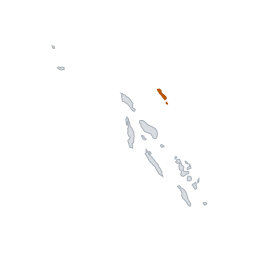 Solomon Islands, with Rennell and Bellona highlighted, rotated 203°
{"feature_id": "SLB-1261", "entity_name": "Rennell and Bellona", "entity_type": "Province", "adm_level": 1, "iso_a3": "SLB", "parent_name": "Solomon Islands", "parent_adm1": "", "projection": "albers", "projection_center": [160.182, -11.564], "detail": "fine", "context": "in_parent", "style": "filled", "palette": "amber", "viewbox_px": 256, "rotation_deg": 203, "n_neighbors": 0, "source": "natural_earth", "source_scale": "10m", "svg_char_len": 4685}
<svg xmlns="http://www.w3.org/2000/svg" viewBox="0 0 256 256"><g transform="rotate(203 128 128)"><path d="M100.6,128.6L104.6,131.5L106.3,131.3L111.6,131.3L114.7,133.4L116.5,134.4L117.5,136.3L118.8,136.7L119.6,137.7L120.0,139.4L118.1,140.4L116.9,140.6L113.9,140.0L111.0,138.7L105.2,138.5L102.5,138.1L101.6,137.6L100.7,136.9L99.4,135.3L98.3,133.3L98.1,132.2L98.0,130.1L98.3,129.3L99.5,128.5L100.6,128.6ZM118.8,111.0L123.3,116.4L123.1,117.4L122.5,118.0L122.3,119.9L122.9,120.6L124.1,120.9L126.2,122.9L127.1,126.0L128.0,127.1L128.0,129.4L130.0,132.6L130.2,134.1L130.0,134.8L129.2,134.4L126.8,130.8L124.1,129.2L123.8,128.6L121.0,126.5L119.2,122.9L117.2,116.6L118.2,115.1L115.9,112.0L116.0,111.2L117.6,111.4L117.9,111.0L118.8,111.0ZM102.4,113.7L103.0,115.4L100.5,113.9L98.7,112.0L93.4,110.0L92.2,108.9L91.3,108.8L88.5,107.1L85.9,106.0L83.8,103.9L82.8,103.5L81.1,101.9L79.5,100.8L78.9,98.9L77.3,97.5L76.9,96.9L82.0,98.0L84.4,100.1L86.4,101.4L87.1,102.2L88.9,103.4L90.5,103.6L92.1,104.8L93.6,105.1L94.8,105.7L102.3,111.2L101.4,112.6L102.4,113.7ZM136.2,149.1L138.5,150.2L139.8,150.1L141.8,150.8L143.3,150.4L144.2,151.4L146.5,155.1L146.5,156.4L148.1,157.2L146.8,157.4L145.0,156.9L143.6,157.2L142.1,156.5L139.6,156.1L137.5,155.2L133.0,152.4L133.0,151.0L132.3,150.4L132.1,148.6L130.5,148.1L128.6,148.0L128.4,147.2L128.8,145.7L130.2,145.8L131.9,146.4L136.2,149.1ZM59.1,93.1L59.7,93.8L58.3,94.9L56.5,94.3L56.0,93.4L54.7,93.6L52.1,93.1L48.5,90.5L44.6,85.6L40.9,82.9L40.2,82.0L40.1,80.6L40.5,80.1L42.8,80.7L45.8,82.9L50.7,85.2L52.0,86.3L52.9,89.2L53.7,90.1L56.4,92.2L59.1,93.1ZM64.3,109.8L65.5,111.3L66.8,114.6L66.6,115.8L65.7,115.9L65.4,116.6L64.1,115.0L62.4,114.6L61.2,113.6L60.6,110.4L59.6,110.2L56.8,110.5L56.0,111.6L54.7,111.2L54.4,110.3L54.6,109.3L56.3,108.4L56.6,107.2L58.3,105.1L59.3,104.8L61.3,105.5L61.6,108.4L62.3,109.4L64.3,109.8ZM115.6,175.0L114.3,175.7L113.2,175.3L112.3,174.9L111.6,173.4L110.0,172.6L107.9,172.2L106.7,171.3L105.2,171.0L104.8,170.2L104.9,169.4L105.2,169.0L106.6,169.4L113.3,173.1L115.6,175.0ZM44.7,104.2L44.3,104.4L43.7,103.4L43.2,103.1L43.2,102.0L41.4,100.2L41.2,99.0L42.3,97.8L43.7,98.5L45.1,100.0L46.8,100.5L46.5,101.5L45.0,103.3L44.7,104.2ZM53.9,107.0L53.1,107.7L51.1,107.7L49.6,105.8L49.6,104.4L50.8,103.1L52.2,102.8L53.0,103.3L53.8,104.4L54.0,105.8L53.9,107.0ZM70.7,117.9L68.9,119.3L67.6,118.9L66.5,117.6L67.1,115.7L68.1,115.3L68.7,114.7L70.6,115.2L71.1,115.5L70.0,116.5L70.6,117.2L70.7,117.9ZM216.0,157.0L213.0,157.3L211.9,158.6L210.3,158.5L209.8,157.4L209.8,156.8L210.7,156.9L211.1,155.9L212.0,155.4L214.1,155.2L216.6,155.8L216.0,156.8L216.0,157.0ZM133.3,135.1L133.3,137.8L132.0,136.3L131.3,136.8L130.7,136.1L130.9,133.0L129.9,130.1L130.7,130.4L133.3,135.1ZM57.6,118.5L57.6,118.8L56.6,118.3L54.4,115.8L54.7,115.0L56.8,113.4L57.4,113.2L58.0,114.2L57.5,115.6L56.8,116.0L56.6,117.4L57.6,118.5ZM108.2,123.5L109.8,123.7L112.6,126.1L111.9,126.9L110.6,126.5L110.2,126.7L109.8,125.8L108.3,125.1L107.1,125.0L106.9,124.2L108.2,123.5ZM90.4,125.9L88.3,125.6L87.6,125.0L88.4,124.1L89.3,123.5L90.2,124.0L91.1,124.1L91.2,125.3L90.4,125.9ZM28.9,89.2L27.1,89.7L26.0,89.1L26.4,87.7L27.1,87.0L29.4,88.2L28.9,89.2ZM99.5,114.5L98.6,114.8L97.3,114.1L96.7,113.5L97.0,112.5L97.8,112.2L98.6,112.8L98.7,113.5L99.5,114.5ZM230.0,174.0L228.4,174.3L227.8,174.2L226.8,172.6L227.6,172.2L228.7,172.4L229.1,173.3L230.0,174.0ZM62.3,119.3L62.2,120.0L61.2,119.8L58.9,118.8L58.8,118.4L60.1,118.2L61.1,118.3L62.3,119.3ZM43.3,107.4L43.0,109.2L42.0,106.9L42.2,105.1L42.5,104.8L43.3,107.4ZM73.4,119.9L72.0,120.5L71.6,119.8L72.5,117.8L73.4,119.9Z" fill="#d9dde1" stroke="#a8b0b8" stroke-width="1"/><path d="M114.3,173.9L115.3,174.6L115.7,175.0L115.2,175.3L114.9,175.2L114.7,175.2L114.5,175.3L114.4,175.4L114.3,175.8L114.1,175.9L113.9,175.9L113.7,175.6L113.5,175.3L113.3,175.1L113.0,175.3L112.9,175.3L112.8,175.2L112.1,174.8L112.0,174.6L111.8,173.9L111.7,173.5L111.3,173.2L111.1,173.2L110.7,173.2L110.3,173.0L110.3,172.9L110.3,172.6L110.3,172.4L110.3,172.1L110.1,172.0L109.9,171.9L109.7,171.9L109.3,171.9L109.2,172.0L109.1,172.3L108.8,172.4L108.6,172.4L108.2,172.4L107.9,172.2L107.2,171.9L106.8,171.7L107.0,171.5L106.7,171.2L106.4,171.3L106.1,171.4L105.9,171.5L105.6,171.4L105.4,171.2L104.9,170.5L104.8,170.3L104.7,170.2L104.5,169.9L104.6,169.6L104.7,169.4L105.1,169.0L105.2,168.8L105.3,168.9L105.5,169.0L105.8,169.2L105.9,169.4L106.1,169.5L106.3,169.5L106.7,169.4L106.9,169.5L107.3,169.8L107.7,170.1L108.7,170.6L109.2,171.0L109.8,171.3L110.4,171.7L110.7,171.9L111.5,172.1L112.3,172.4L114.3,173.9ZM101.7,165.7L102.0,165.7L102.3,165.8L102.5,166.0L102.5,166.3L102.1,166.1L101.8,166.1L101.4,165.9L101.2,165.6L101.3,165.5L101.5,165.6L101.7,165.7Z" fill="#f59e0b" stroke="#b45309" stroke-width="1.5"/></g></svg>